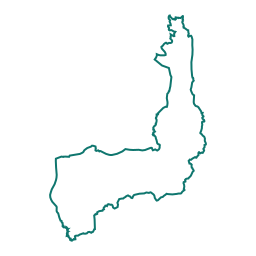 the district of Sam Ngam, Phichit, Thailand
{"feature_id": "78962969B83024489424242", "entity_name": "Sam Ngam", "entity_type": "district", "adm_level": 2, "iso_a3": "THA", "parent_name": "Thailand", "parent_adm1": "Phichit", "projection": "natural_earth1", "projection_center": [100.162, 16.481], "detail": "fine", "context": "isolated", "style": "outline", "palette": "teal", "viewbox_px": 256, "rotation_deg": 0, "n_neighbors": 0, "source": "geoboundaries", "source_scale": "gbopen_adm2", "svg_char_len": 5844}
<svg xmlns="http://www.w3.org/2000/svg" viewBox="0 0 256 256"><path d="M183.0,15.4L182.6,16.3L182.2,16.5L180.6,18.0L178.9,17.9L178.6,18.0L178.5,17.8L178.0,18.0L177.5,17.7L175.8,17.4L175.9,19.1L175.2,19.7L174.6,19.5L174.1,18.8L173.2,19.3L172.4,18.9L170.2,16.6L169.8,15.5L169.2,15.7L169.1,16.2L168.6,17.0L168.7,18.5L169.0,19.1L170.1,20.3L169.6,21.6L170.6,23.9L170.8,25.3L168.1,25.5L168.0,26.6L169.1,28.0L168.8,29.4L169.0,30.0L169.7,30.4L171.0,30.1L171.6,30.2L174.0,31.6L174.9,31.7L174.9,32.0L175.2,32.0L174.1,33.7L174.3,36.1L173.7,36.2L170.7,34.4L171.0,35.8L170.6,36.3L170.7,37.2L170.3,38.6L171.6,39.9L172.1,40.7L172.1,41.7L171.6,42.6L170.5,43.0L169.0,42.9L167.4,43.8L167.0,43.6L166.4,42.8L165.6,42.8L163.9,44.1L162.9,45.6L161.4,46.8L161.5,47.7L162.1,48.9L164.7,51.8L165.2,52.7L165.7,53.9L165.6,55.0L164.4,55.3L160.3,55.3L158.7,55.0L156.8,54.2L156.9,55.4L156.7,56.0L155.9,57.9L155.7,58.0L154.7,59.5L162.0,65.5L168.9,68.0L170.4,75.0L171.4,77.0L170.3,86.6L170.1,87.2L169.3,91.0L168.8,91.2L168.5,92.5L167.3,93.8L166.8,98.1L167.5,102.1L167.5,103.6L167.2,105.8L166.8,106.9L165.7,106.7L163.3,107.9L158.1,113.1L158.0,113.5L158.2,113.9L158.0,114.4L157.7,114.6L157.3,114.3L157.1,114.8L156.6,114.7L156.6,115.5L156.8,116.0L156.5,117.0L156.0,117.4L156.1,118.0L155.9,118.3L156.6,119.8L156.6,121.0L156.2,123.0L155.7,123.4L155.9,124.6L155.5,124.9L155.2,125.6L154.6,125.8L153.9,126.6L153.3,127.6L153.5,128.3L153.2,129.1L153.3,129.7L154.0,129.8L154.5,131.1L154.9,131.6L153.4,132.4L153.1,133.1L153.6,134.0L152.8,134.5L153.2,135.3L154.7,135.8L155.7,137.1L155.9,138.6L156.4,139.7L157.3,143.4L158.1,144.1L159.5,144.6L159.8,145.0L159.8,145.6L159.6,146.0L159.7,147.1L159.4,148.5L158.9,149.3L157.4,150.5L156.9,150.4L155.2,149.4L152.9,150.3L152.5,149.7L151.8,147.9L151.5,147.8L150.5,147.9L145.1,150.0L142.3,150.4L138.7,149.8L133.1,150.0L129.8,149.8L125.4,149.1L122.4,151.4L117.1,153.8L111.9,155.0L110.4,155.0L109.1,154.8L106.1,153.9L100.6,151.1L99.9,151.0L99.3,151.4L98.3,150.4L96.3,150.9L95.5,150.4L95.6,148.7L95.8,148.5L95.5,146.5L93.3,145.8L92.0,145.7L91.0,146.6L87.3,148.0L85.0,149.7L84.2,150.4L83.5,151.8L82.6,152.6L80.0,153.9L69.7,155.6L69.1,156.8L65.5,156.6L63.2,156.7L63.1,156.9L61.4,156.6L55.9,158.7L55.8,160.9L56.1,167.6L56.7,174.9L56.5,177.6L56.0,180.1L54.6,184.2L51.8,189.3L50.9,192.0L50.1,194.9L50.3,197.4L51.1,199.6L52.3,201.8L56.5,206.5L56.7,207.3L56.6,210.9L56.8,211.5L57.3,212.4L58.2,213.3L59.3,217.4L60.5,220.6L61.5,220.9L61.6,222.0L62.5,222.8L62.4,223.4L62.7,223.8L62.7,224.7L62.9,225.2L62.7,225.4L62.6,225.9L63.1,226.0L63.1,226.3L63.4,226.2L63.4,226.6L63.7,226.8L63.6,227.1L63.7,227.3L64.8,227.3L65.8,227.8L65.9,227.5L66.4,227.6L66.4,227.2L66.7,227.4L66.9,227.9L67.1,228.0L66.9,228.5L67.2,229.3L67.8,229.2L67.5,229.5L67.8,229.7L67.7,230.0L67.4,230.2L67.6,230.5L67.6,231.1L67.8,231.2L67.4,231.3L67.5,231.6L67.2,232.5L67.7,232.4L67.5,232.7L67.3,232.8L67.4,233.1L67.2,233.3L67.0,234.3L67.1,234.7L66.9,234.9L66.8,235.6L67.2,235.4L67.0,235.9L68.1,235.8L68.1,236.3L68.7,236.4L68.7,236.6L68.5,236.9L69.9,238.5L70.1,239.5L70.3,239.4L70.5,238.9L70.4,238.5L70.7,238.6L70.7,239.4L71.1,239.9L70.9,240.2L71.3,240.6L71.9,240.6L72.0,240.1L72.4,239.9L73.5,239.7L73.8,239.1L74.4,239.3L74.7,239.2L74.9,239.4L75.4,239.3L75.3,238.1L74.9,236.3L75.2,236.0L75.9,235.7L78.2,235.6L79.6,234.6L83.3,233.3L83.6,233.6L85.2,233.7L86.8,233.4L88.1,232.1L89.4,231.9L91.1,232.7L91.4,232.2L92.0,232.3L93.0,231.8L94.6,228.7L94.9,228.8L94.6,219.4L94.2,215.5L95.3,214.3L95.5,214.6L97.2,213.9L97.2,212.3L99.3,211.1L102.5,210.7L102.7,210.0L104.0,209.3L103.6,208.3L103.8,207.5L104.9,206.7L105.3,205.7L106.0,205.6L107.0,206.1L107.4,205.4L107.6,204.6L108.2,204.2L108.8,204.2L110.5,204.8L111.1,204.6L111.9,204.8L112.5,205.4L113.1,207.5L114.5,208.5L115.4,208.2L117.6,207.0L118.0,204.5L117.4,202.8L119.2,199.1L121.5,198.6L123.3,198.5L124.5,197.4L125.4,197.1L126.2,196.2L128.0,195.4L129.2,196.2L130.0,196.4L131.2,197.8L132.1,198.1L132.5,197.8L132.9,196.6L133.8,195.2L134.7,194.8L139.5,193.7L144.3,193.4L145.8,192.7L146.5,192.5L148.9,192.9L150.4,192.3L151.0,192.5L153.7,194.6L154.4,195.8L154.8,197.9L156.2,200.1L156.8,200.6L157.1,200.5L158.0,200.2L160.9,197.4L162.8,196.9L163.9,195.8L165.7,194.6L166.5,193.8L168.1,194.1L172.4,194.4L176.8,193.9L178.7,193.5L180.6,193.5L181.2,193.3L182.4,191.6L184.5,190.0L184.3,189.5L183.8,189.7L183.7,189.3L184.3,186.8L184.1,184.8L183.5,183.1L183.7,182.1L185.4,181.6L185.5,181.0L185.1,180.3L185.1,179.8L185.9,179.0L187.0,178.6L188.4,178.5L188.7,177.9L190.5,176.2L191.2,175.0L192.6,171.9L193.7,170.8L193.2,169.5L192.6,168.9L192.4,168.1L191.7,167.6L191.5,165.6L191.7,164.7L191.1,164.0L189.4,163.5L189.5,162.7L189.0,162.2L188.7,160.8L189.2,160.4L189.7,159.6L191.0,159.8L192.4,158.6L195.1,157.1L195.7,157.6L196.4,157.7L197.2,156.4L198.5,155.1L198.4,153.0L198.9,152.2L199.2,152.2L199.8,153.0L200.4,153.3L201.6,152.6L202.7,152.9L204.1,150.6L204.1,150.1L203.5,149.4L203.4,148.8L204.6,147.1L204.5,145.0L205.6,144.7L205.9,144.2L205.8,143.2L204.8,140.9L204.9,138.5L204.2,136.7L202.6,135.5L201.8,134.3L200.4,133.3L200.3,132.9L201.2,130.7L201.9,128.1L201.9,126.5L202.3,124.8L202.0,122.9L202.1,122.0L202.6,121.6L203.9,121.7L204.4,121.1L204.0,119.9L202.5,118.7L202.3,118.0L202.3,117.6L203.4,116.7L203.5,116.3L202.3,115.1L202.3,113.5L202.5,113.0L201.5,113.1L201.2,111.5L198.4,107.2L197.5,106.5L196.0,106.1L195.4,105.7L194.0,103.7L193.7,102.1L194.1,95.3L193.0,94.6L192.4,93.9L191.1,90.9L190.7,89.6L191.4,87.3L192.2,82.4L193.7,80.7L193.3,80.1L193.3,78.5L193.1,77.9L192.5,77.7L192.1,75.9L191.5,69.3L191.4,62.1L192.4,54.8L192.5,52.0L192.6,49.6L192.3,45.2L192.4,39.4L191.6,36.6L191.1,35.8L190.0,35.9L188.6,36.7L188.3,36.4L188.1,35.3L188.8,33.8L188.4,32.6L188.2,30.3L187.7,30.3L184.5,28.0L183.6,27.7L183.4,26.7L183.8,26.3L183.6,25.2L183.2,24.1L182.3,22.5L182.3,21.8L182.8,21.3L182.6,19.8L183.0,19.7L182.6,17.7L182.9,17.5L183.0,15.4Z" fill="none" stroke="#0f766e" stroke-width="2"/></svg>